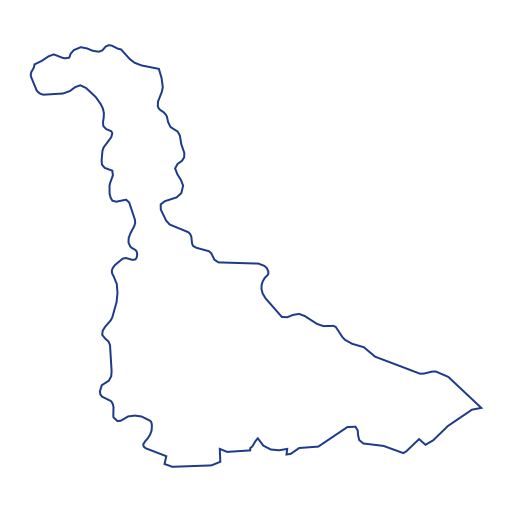 Meurthe-et-Moselle, Natural Earth projection
{"feature_id": "FRA-5325", "entity_name": "Meurthe-et-Moselle", "entity_type": "Metropolitan department", "adm_level": 1, "iso_a3": "FRA", "parent_name": "France", "parent_adm1": "", "projection": "natural_earth1", "projection_center": [5.998, 48.953], "detail": "fine", "context": "isolated", "style": "outline", "palette": "blue", "viewbox_px": 512, "rotation_deg": 0, "n_neighbors": 0, "source": "natural_earth", "source_scale": "10m", "svg_char_len": 2852}
<svg xmlns="http://www.w3.org/2000/svg" viewBox="0 0 512 512"><path d="M108.7,45.2L111.7,45.6L117.8,48.7L121.0,49.4L129.7,59.0L134.5,62.7L141.4,65.4L158.9,68.9L161.6,78.2L162.8,87.3L161.8,91.9L158.0,101.6L157.8,106.3L158.8,108.5L160.3,110.0L163.8,112.4L165.8,114.6L166.9,116.6L168.1,122.1L170.5,127.0L177.7,131.6L179.9,135.7L181.3,144.3L184.3,152.9L184.2,157.2L182.1,160.7L177.6,163.9L175.1,168.4L177.3,174.1L181.0,180.2L183.1,185.6L181.4,193.0L176.6,197.4L164.8,201.2L160.7,204.4L160.8,209.6L166.2,220.7L169.8,224.6L188.3,232.2L190.1,234.0L191.3,236.6L192.1,243.7L193.1,245.9L196.4,247.8L208.9,251.2L211.3,253.3L214.4,259.7L218.5,262.4L258.5,263.6L264.4,265.9L266.9,268.2L268.3,271.5L268.3,273.9L267.5,275.2L264.9,277.7L262.8,281.2L261.6,285.0L261.5,289.1L262.6,293.4L265.5,298.3L281.9,317.0L287.4,317.2L293.1,314.9L299.0,313.9L304.7,316.0L316.8,323.8L323.3,326.1L333.5,325.9L335.8,327.0L342.5,337.2L345.0,339.8L352.1,343.8L363.8,347.2L375.1,356.7L420.0,373.7L424.0,373.6L432.0,371.6L435.8,371.5L448.3,376.9L481.3,407.9L471.9,409.7L447.9,426.0L433.2,440.3L425.5,444.8L419.1,439.1L406.2,451.4L403.3,453.1L383.5,445.9L363.4,443.5L359.2,440.0L358.1,435.2L357.7,430.4L355.4,426.7L347.3,427.1L318.3,446.6L299.2,448.0L290.7,453.9L286.5,454.5L287.2,448.9L279.1,450.3L270.8,449.5L263.4,445.7L257.8,438.3L255.4,441.2L252.4,446.3L250.2,448.2L250.2,450.4L227.1,451.9L219.8,448.9L220.3,461.8L211.4,465.4L172.4,466.8L164.5,464.0L166.3,456.2L145.8,448.3L143.8,446.7L143.2,444.4L145.0,441.5L147.8,438.3L150.1,434.6L151.6,430.5L151.9,425.6L151.6,423.2L151.0,421.7L149.9,420.6L141.5,416.5L134.9,415.6L128.2,416.4L120.8,420.7L117.5,421.1L113.6,417.5L113.3,416.3L113.5,407.2L113.0,404.6L111.9,402.3L110.8,401.0L102.1,396.7L100.4,394.5L99.9,391.5L101.8,385.2L108.8,380.7L111.2,376.3L111.6,371.2L110.0,345.0L108.5,341.5L105.0,338.4L102.2,334.8L102.7,330.7L105.2,326.7L110.6,320.5L112.3,317.4L116.6,301.9L117.5,292.9L116.8,284.1L113.7,276.4L112.5,274.3L111.9,272.3L111.9,270.2L112.9,267.8L114.9,265.1L122.6,258.7L125.9,258.0L132.5,259.9L135.4,259.4L136.5,257.9L137.1,255.7L137.1,253.4L136.6,251.4L135.3,249.9L131.8,247.9L130.3,246.6L128.5,242.5L128.7,238.0L130.3,233.6L134.3,226.0L135.2,222.9L134.9,219.6L129.2,202.5L126.1,199.7L116.3,201.7L112.4,200.7L110.6,197.6L109.6,193.8L109.5,185.8L110.1,183.0L112.9,175.4L112.3,170.7L104.7,167.9L102.0,164.6L101.6,160.7L102.4,151.1L103.5,147.6L111.3,137.1L112.3,133.2L111.2,131.2L106.2,129.1L103.3,126.0L103.0,122.1L103.7,117.7L103.9,113.0L102.8,108.4L100.8,104.2L95.7,97.0L86.1,88.0L80.3,85.3L75.2,87.1L69.8,91.1L63.0,93.5L43.3,94.7L40.2,93.7L37.6,91.7L36.5,90.1L31.2,77.2L30.7,75.2L31.3,72.1L33.9,67.5L34.5,64.4L41.7,60.9L48.6,56.3L53.8,54.4L62.5,57.8L64.8,58.3L68.9,57.8L69.8,56.4L70.5,53.9L73.8,50.1L80.7,47.2L86.9,48.4L92.8,50.8L98.8,51.7L102.2,50.5L105.8,46.5L108.7,45.2Z" fill="none" stroke="#1e3a8a" stroke-width="2"/></svg>